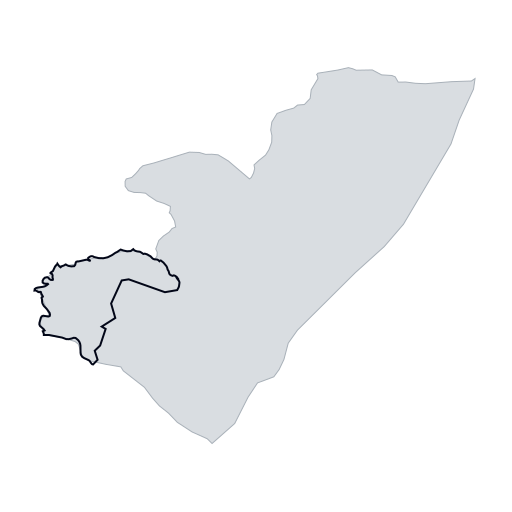 where Lofa sits in Liberia, rotated 269°
{"feature_id": "LBR-787", "entity_name": "Lofa", "entity_type": "County", "adm_level": 1, "iso_a3": "LBR", "parent_name": "Liberia", "parent_adm1": "", "projection": "natural_earth1", "projection_center": [-9.763, 7.877], "detail": "fine", "context": "in_parent", "style": "outline", "palette": "ink", "viewbox_px": 512, "rotation_deg": 269, "n_neighbors": 0, "source": "natural_earth", "source_scale": "10m", "svg_char_len": 3998}
<svg xmlns="http://www.w3.org/2000/svg" viewBox="0 0 512 512"><g transform="rotate(269 256 256)"><path d="M69.3,208.8L74.1,204.1L81.2,189.0L91.1,174.4L100.4,165.8L107.7,156.9L115.5,150.2L126.6,142.2L143.5,121.3L147.5,118.9L150.2,104.5L154.5,86.1L159.4,80.3L170.9,76.9L173.6,73.7L177.8,60.8L180.4,45.7L180.6,42.4L185.2,42.0L192.9,38.8L197.4,40.2L199.4,44.6L200.5,48.2L224.0,38.8L226.1,36.9L227.3,37.2L230.3,45.7L232.0,45.2L233.4,42.7L235.0,42.5L236.8,43.6L238.7,47.6L241.7,51.1L246.8,53.6L250.0,57.1L249.7,66.1L250.9,75.0L253.1,77.0L254.3,82.3L254.9,88.1L256.1,91.1L257.0,96.9L256.6,103.2L257.5,107.6L261.2,115.2L263.6,124.8L263.6,131.5L262.2,138.7L259.7,145.2L255.4,152.3L255.0,155.1L257.6,157.0L261.5,157.3L264.8,155.9L273.2,159.1L277.6,163.8L281.4,169.6L284.9,172.5L286.4,176.2L292.4,175.2L299.2,171.7L300.7,170.0L302.7,170.9L307.1,171.3L310.2,164.9L312.7,157.6L318.1,149.8L320.7,146.7L321.4,141.7L321.7,135.2L323.6,129.5L328.0,126.4L332.8,126.4L335.3,127.6L336.7,133.1L340.5,137.2L343.7,140.1L345.5,141.3L348.2,144.5L350.8,155.6L361.0,191.2L360.5,201.0L358.5,207.4L358.5,213.7L357.8,219.9L351.5,230.0L333.2,250.8L334.6,252.7L339.0,255.0L343.5,256.2L347.1,255.6L351.7,260.8L356.7,267.3L361.9,270.7L369.5,273.7L376.1,274.0L381.8,272.9L389.7,274.2L398.2,279.6L401.2,288.5L403.2,296.3L406.2,300.2L406.6,307.0L412.6,312.9L421.2,314.1L432.3,321.0L435.1,320.6L436.3,319.8L437.7,321.1L440.5,341.1L442.7,351.7L441.5,356.0L440.0,359.4L440.0,375.5L434.9,384.8L434.1,395.0L432.7,398.3L427.4,401.2L427.3,409.0L425.9,418.5L425.3,428.5L426.9,454.8L427.2,474.4L429.6,478.1L419.1,476.4L388.3,461.5L364.6,452.9L285.2,404.0L263.1,384.3L237.7,355.1L181.2,296.2L168.3,286.7L152.0,282.1L142.0,277.1L134.9,271.7L129.1,255.3L115.0,245.6L88.9,231.8L69.3,208.8Z" fill="#d9dde1" stroke="#a8b0b8" stroke-width="1"/><path d="M150.4,91.2L150.7,90.2L151.6,89.4L153.9,87.9L154.8,86.9L156.9,82.4L158.3,80.4L160.4,79.2L162.2,78.9L169.5,78.9L171.4,78.6L173.2,77.9L174.9,76.8L177.2,74.2L177.4,72.3L176.7,70.2L176.1,67.2L176.2,64.8L177.8,60.8L180.6,47.9L180.7,42.5L181.7,42.5L182.6,42.3L184.5,41.5L185.2,43.3L186.7,42.3L189.8,38.8L191.3,38.2L192.9,38.3L198.0,39.8L199.4,40.7L200.0,42.2L199.1,47.2L199.5,48.6L200.7,49.0L202.6,48.7L206.3,46.2L209.8,43.0L211.4,42.1L212.8,41.5L214.4,41.3L216.1,41.3L216.6,41.2L217.9,40.8L218.3,41.0L218.7,41.5L219.1,42.2L219.9,41.9L221.6,40.9L223.8,40.2L224.0,39.5L223.7,38.7L223.7,37.8L224.3,36.9L224.9,36.1L225.4,35.2L225.3,33.9L226.9,34.2L227.8,35.6L228.3,37.4L228.9,42.3L229.3,44.2L230.3,46.1L231.5,47.6L231.9,47.3L231.9,45.8L232.1,43.7L233.2,42.2L235.0,42.2L236.8,43.2L238.0,44.5L238.5,46.8L237.8,48.1L236.6,49.0L235.7,50.4L235.6,52.3L236.4,52.6L237.8,52.2L239.3,52.2L240.1,52.3L240.8,52.1L241.5,51.8L241.9,51.1L242.6,50.2L243.3,50.8L244.5,52.7L249.0,54.9L250.6,56.3L251.3,57.1L251.8,57.3L250.6,58.1L250.3,58.3L249.7,58.7L249.1,59.2L248.1,60.4L248.9,61.3L249.4,62.4L249.8,63.6L250.3,64.6L250.7,65.1L250.9,65.6L250.7,66.0L250.3,66.5L249.4,68.2L248.8,71.2L249.0,74.0L250.3,75.1L252.5,75.6L253.4,76.2L253.7,77.4L253.7,78.7L255.3,86.3L255.2,87.4L254.2,89.3L254.0,90.5L255.1,89.0L256.1,88.1L257.1,88.2L258.1,89.7L258.6,90.8L258.7,91.9L258.5,92.9L257.9,93.9L257.8,94.2L256.6,98.8L256.4,103.3L257.3,107.7L259.4,112.1L261.7,115.5L262.5,117.3L263.7,119.1L264.8,120.8L263.8,123.5L262.9,127.2L263.1,130.8L265.0,133.4L264.0,134.2L263.2,135.6L262.7,137.2L262.3,140.0L261.6,141.2L260.0,143.4L260.3,144.8L259.6,147.1L257.5,150.6L255.6,152.3L254.8,153.3L254.4,154.6L254.3,156.0L254.1,157.3L253.5,158.3L252.5,159.3L252.9,159.6L253.0,160.0L253.1,160.4L253.2,160.7L251.0,163.4L247.5,166.2L246.1,166.9L244.0,167.4L242.3,168.4L239.8,169.0L238.8,169.8L238.1,170.9L237.6,172.3L238.1,173.5L237.5,175.0L236.3,176.5L235.1,177.3L235.1,176.6L234.3,177.1L232.8,178.3L232.0,178.7L231.1,179.0L230.5,179.0L227.2,178.5L226.0,178.1L223.3,176.6L221.4,164.3L234.9,128.3L233.9,121.3L211.0,110.3L196.5,114.2L188.1,100.5L185.7,104.4L169.2,98.6L164.1,93.1L155.0,95.8L150.4,91.2Z" fill="none" stroke="#020617" stroke-width="2"/></g></svg>